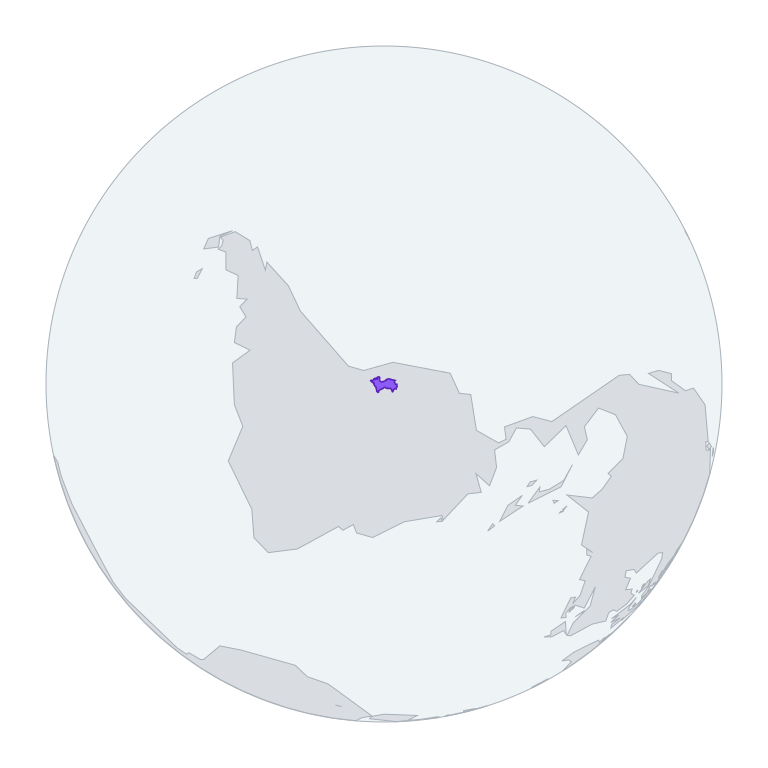 the Earth from above Cusco, rotated 133°
{"feature_id": "PER-571", "entity_name": "Cusco", "entity_type": "Department", "adm_level": 1, "iso_a3": "PER", "parent_name": "Peru", "parent_adm1": "", "projection": "orthographic", "projection_center": [-72.174, -13.267], "detail": "fine", "context": "on_globe", "style": "filled", "palette": "violet", "viewbox_px": 768, "rotation_deg": 133, "n_neighbors": 0, "source": "natural_earth", "source_scale": "10m", "svg_char_len": 9163}
<svg xmlns="http://www.w3.org/2000/svg" viewBox="0 0 768 768"><g transform="rotate(133 384 384)"><circle cx="384" cy="384" r="338" fill="#eef3f6" stroke="#a8b0b8"/><path d="M294.7,58.1L306.3,56.5L311.7,54.8L321.1,54.1L330.9,52.3L331.0,53.2L338.7,51.1L336.6,50.7L339.3,49.9L344.9,49.1L346.1,49.8L343.5,50.3L346.7,50.2L344.9,51.0L348.9,50.2L349.7,51.8L357.2,49.2L364.7,49.8L363.0,51.2L352.4,52.3L322.3,61.7L317.3,65.3L320.8,68.3L350.1,70.5L349.1,74.7L355.5,79.5L361.0,76.0L358.0,71.2L369.8,67.0L364.7,62.7L368.7,60.8L367.8,56.9L379.5,56.5L391.4,58.7L392.8,62.3L398.0,63.7L406.1,60.2L417.7,68.0L441.1,75.9L442.9,78.7L429.5,82.7L405.8,81.8L388.3,91.1L411.3,84.7L415.3,93.3L420.9,95.0L427.5,94.8L430.6,91.6L434.4,95.0L413.0,101.6L409.3,98.6L416.0,96.2L404.9,96.4L390.6,102.7L393.7,107.6L368.7,115.1L370.7,119.0L366.3,123.4L364.9,116.4L367.0,129.8L338.1,147.1L340.4,174.5L325.4,154.0L312.4,152.7L296.5,154.8L296.6,159.1L275.6,158.4L256.3,170.4L248.6,193.8L255.3,210.7L278.7,208.3L286.0,197.3L303.3,193.5L290.3,222.5L320.5,224.0L317.1,246.1L325.8,257.2L341.1,253.3L356.8,258.2L368.2,244.8L386.4,237.4L386.8,255.6L396.9,239.0L407.1,247.7L443.3,247.9L440.6,251.9L471.1,275.3L504.0,287.6L511.6,302.3L507.7,310.6L519.0,314.3L519.2,320.1L563.8,334.9L586.2,353.6L585.1,374.3L565.7,395.3L546.5,445.4L511.2,458.4L501.2,479.3L471.9,509.1L450.6,505.0L455.7,521.7L443.0,530.8L429.0,530.7L425.8,542.2L415.3,542.0L421.7,550.0L404.1,564.7L408.3,577.5L395.3,589.6L398.5,597.2L393.8,596.8L388.7,599.6L388.1,603.8L374.0,596.7L370.6,579.9L376.1,571.4L370.0,570.0L381.6,548.4L374.7,552.8L377.4,520.9L387.7,494.9L395.2,422.2L388.0,408.1L362.1,392.3L331.0,343.0L339.4,322.5L332.5,313.4L354.9,284.8L349.0,260.1L341.1,257.0L333.2,266.6L306.4,253.0L297.1,235.6L217.2,217.9L209.5,210.9L210.4,197.3L189.6,162.2L195.9,197.8L186.7,192.4L180.4,180.7L185.5,176.1L183.3,158.8L175.9,154.9L180.3,135.0L205.2,107.4L206.7,109.4L212.5,103.5L211.0,101.1L208.6,101.1L226.6,85.4L225.8,85.4L248.1,74.6L271.1,65.5L294.7,58.1ZM66.4,269.1L68.9,262.1L68.1,264.8L66.4,269.1ZM70.0,259.1L69.2,261.1L69.8,259.6L70.0,259.1ZM70.1,258.9L70.1,259.0L70.1,258.9ZM338.4,184.4L372.9,197.3L353.1,199.7L356.9,196.9L348.2,191.3L331.9,186.8L314.5,191.2L338.4,184.4ZM354.3,167.8L348.3,167.0L354.2,166.6L354.3,167.8ZM206.4,101.9L210.3,101.6L209.2,105.5L205.2,106.1L206.4,101.9ZM209.5,96.3L213.2,94.5L206.4,99.7L206.4,99.1L209.5,96.3ZM361.4,57.5L364.5,57.2L363.1,58.1L361.4,57.5ZM358.1,56.4L354.2,57.6L352.0,57.3L354.4,56.5L358.1,56.4ZM363.4,55.1L348.6,56.6L344.9,56.2L351.1,53.2L363.4,55.1ZM333.6,51.0L336.0,51.4L328.9,52.0L333.6,51.0ZM321.8,51.9L323.4,51.6L321.4,52.1L327.6,50.8L328.4,51.7L302.6,56.5L301.9,56.3L310.6,54.3L306.6,55.1L321.8,51.9ZM339.8,49.6L334.7,50.3L333.7,50.0L343.8,48.6L340.9,49.1L339.8,49.6ZM343.9,48.8L348.9,48.0L354.4,47.6L344.8,49.0L343.9,48.8ZM329.2,50.6L332.4,50.1L329.2,50.6ZM376.9,46.9L370.8,47.1L369.7,46.8L376.9,46.9ZM350.4,47.8L348.5,48.0L347.4,48.1L351.7,47.6L350.4,47.8ZM357.8,47.1L359.4,47.0L371.0,46.4L372.3,46.4L353.4,47.5L353.2,47.5L357.8,47.1ZM344.8,48.4L343.2,48.6L344.8,48.4ZM397.4,611.7L375.1,599.3L387.7,604.8L396.7,598.4L408.2,608.0L397.4,611.7ZM423.7,595.6L434.0,592.6L436.3,594.9L429.8,597.5L423.7,595.6ZM622.9,145.0L622.7,145.0L638.7,166.3L635.4,166.2L625.5,158.8L603.7,133.6L613.5,137.1L605.9,129.8L590.2,117.4L594.5,120.1L589.4,115.9L591.7,117.5L591.5,117.3L622.9,145.0ZM662.9,574.8L661.6,576.6L663.7,569.2L671.6,557.1L684.5,530.6L705.8,470.4L713.6,447.1L717.1,426.8L717.7,378.2L718.1,355.5L716.3,344.1L713.7,343.6L710.6,330.1L708.3,328.0L687.4,325.4L675.9,306.8L650.2,256.9L650.4,240.6L641.5,220.3L635.0,166.4L643.6,172.9L649.3,174.7L663.4,193.9L676.1,214.0L687.3,235.0L697.0,256.7L705.2,279.1L711.8,301.9L716.8,325.2L720.1,348.8L721.7,372.5L721.7,396.3L720.0,420.1L716.6,443.6L711.6,466.9L705.0,489.7L696.7,512.1L686.9,533.8L675.6,554.7L662.9,574.8ZM648.9,195.0L651.9,200.6L648.9,195.0ZM444.5,247.7L448.8,251.4L443.0,251.2L444.5,247.7ZM350.2,206.7L357.6,206.8L361.4,209.4L355.8,210.4L350.2,206.7ZM412.3,206.3L420.8,207.9L412.0,209.2L412.3,206.3ZM378.4,199.1L405.5,205.7L388.3,210.6L371.2,206.9L383.1,205.3L378.4,199.1ZM350.6,177.1L355.2,178.1L353.8,181.1L350.6,177.1ZM358.6,167.7L356.8,168.0L354.5,165.7L358.6,167.7ZM416.6,92.9L418.4,92.5L425.1,93.0L422.0,94.3L416.6,92.9ZM454.6,88.9L459.9,94.5L454.0,90.9L450.6,93.2L434.0,89.3L442.9,79.9L441.8,84.5L454.6,88.9ZM414.3,82.8L423.8,85.4L413.0,83.0L414.3,82.8ZM558.5,95.1L563.7,98.1L569.3,102.0L568.8,103.1L560.7,97.2L558.5,95.1ZM552.0,90.8L552.3,91.0L559.3,95.1L560.6,95.9L564.5,98.3L586.4,113.4L582.4,111.6L580.4,109.3L575.4,106.1L569.8,101.8L548.9,89.1L548.7,88.9L552.0,90.8ZM500.3,66.7L505.3,68.6L505.2,69.1L496.7,66.3L496.5,66.0L487.4,63.0L497.7,65.8L500.3,66.7ZM377.1,50.6L373.0,51.0L372.6,50.5L375.9,49.8L377.1,50.6ZM374.1,47.0L394.9,49.1L391.2,49.4L407.8,51.6L404.5,53.5L393.9,51.8L403.8,55.5L392.8,54.8L400.6,57.5L377.3,53.6L367.9,53.9L379.6,52.6L382.9,50.7L381.5,49.9L370.5,48.5L351.8,49.2L352.1,48.3L357.2,47.5L361.8,47.1L360.1,47.6L367.4,46.9L368.5,47.5L374.1,47.0ZM463.2,55.5L466.0,56.2L470.9,57.4L471.6,57.6L459.1,57.6L460.0,60.8L465.1,65.0L450.7,62.2L436.7,57.1L424.9,52.3L426.1,50.3L419.4,49.9L418.0,49.1L423.9,49.7L413.9,48.4L414.3,48.0L403.9,46.7L389.2,46.1L386.3,46.1L412.1,47.3L437.8,50.4L463.2,55.5ZM373.7,46.2L372.2,46.3L365.7,46.6L373.7,46.2Z" fill="#d9dde1" stroke="#a8b0b8" stroke-width="1"/><path d="M374.9,380.3L374.5,379.8L374.5,379.7L374.4,379.6L374.3,379.3L374.3,379.2L374.2,379.0L374.1,378.8L374.1,378.7L373.9,378.5L373.7,378.2L374.3,378.2L374.5,378.2L375.2,378.0L375.4,377.9L375.6,377.7L375.7,377.4L375.7,377.2L375.7,376.8L375.7,376.7L375.8,376.6L376.3,375.8L376.3,375.7L376.4,375.2L376.3,374.9L376.2,374.8L376.1,374.7L375.9,374.7L375.6,374.6L375.4,374.6L375.3,374.4L375.5,374.2L376.1,373.8L376.4,373.3L376.7,372.7L376.9,372.6L377.1,372.5L377.3,372.5L377.7,372.5L378.4,372.4L378.7,372.3L378.9,372.3L378.9,372.2L379.0,372.2L379.2,371.9L379.3,371.8L379.4,372.1L379.5,372.2L379.6,372.3L379.6,372.5L380.0,372.6L380.2,372.8L380.4,372.8L380.5,372.8L380.7,372.7L380.8,372.7L380.9,372.8L381.0,372.9L381.1,373.0L381.3,373.1L381.7,373.2L381.9,373.1L382.0,373.1L382.3,372.9L382.5,372.7L382.8,372.5L383.2,372.4L383.3,372.4L383.5,372.5L383.7,372.4L383.9,372.4L384.0,372.5L383.9,372.8L383.8,373.1L383.1,374.6L383.0,374.9L383.0,375.1L382.9,375.5L382.8,375.9L382.8,376.0L382.9,376.4L382.9,376.5L383.0,376.7L383.5,377.0L383.9,377.2L384.0,377.2L384.1,377.3L384.3,378.1L384.5,378.3L384.9,378.4L385.0,378.4L385.1,378.5L385.3,378.9L385.5,379.4L385.6,379.6L385.6,379.8L385.6,380.0L385.5,380.3L385.5,380.5L385.7,381.0L385.8,381.1L386.0,381.2L386.2,381.3L387.2,381.7L387.4,381.7L387.5,381.7L387.8,381.6L388.0,381.7L388.2,381.8L388.3,381.9L388.9,382.1L389.7,382.3L389.8,382.4L390.5,382.9L390.8,382.9L391.0,382.9L392.6,383.2L393.3,383.2L393.5,383.0L393.4,382.9L393.2,382.8L393.2,382.7L393.3,382.5L393.5,382.5L393.8,382.6L394.1,382.5L394.3,382.6L394.3,383.3L394.3,383.5L394.4,383.8L394.4,384.0L394.2,384.5L393.7,384.9L393.6,385.1L393.4,385.2L393.4,385.3L393.2,385.6L392.6,386.9L392.5,387.1L392.3,387.2L391.9,387.3L391.7,387.6L391.7,387.9L391.6,388.4L391.6,388.5L391.8,388.8L391.7,389.7L391.6,389.8L391.5,390.0L391.3,390.8L391.2,390.9L390.9,390.9L390.8,391.0L390.7,391.2L390.7,391.4L390.7,391.5L390.8,391.6L390.7,391.8L390.4,392.1L390.1,392.1L390.0,392.4L390.2,392.6L390.3,392.7L390.3,392.8L390.6,392.8L390.7,393.0L390.7,393.3L390.7,393.5L390.8,393.7L390.8,393.8L390.6,394.1L390.6,394.3L390.7,394.5L390.6,394.8L390.6,395.0L390.8,395.3L390.8,395.5L390.8,395.9L390.8,396.0L390.7,396.1L390.4,396.1L390.3,395.9L390.2,395.8L390.0,395.7L389.9,395.7L389.7,395.6L389.7,395.2L389.7,394.9L389.6,394.7L389.3,394.7L389.2,394.7L389.0,394.9L388.9,394.9L388.4,394.6L388.2,394.5L387.9,394.3L387.8,394.6L387.7,394.7L387.4,394.7L387.2,394.7L387.1,394.8L386.9,394.9L386.7,394.8L386.0,394.6L385.8,394.5L385.8,394.4L385.9,394.2L385.8,393.9L385.9,393.7L386.0,393.7L386.1,393.4L385.8,393.4L385.7,393.3L385.6,393.2L385.2,392.5L385.0,392.3L384.9,392.3L384.7,392.4L384.7,392.5L384.8,392.7L384.9,392.8L384.8,393.0L384.7,393.3L384.6,393.5L384.4,393.5L384.4,393.4L384.3,393.2L384.2,393.1L383.9,393.1L383.6,393.2L383.1,393.3L382.7,393.2L382.2,392.7L382.2,392.4L382.2,392.2L382.3,392.0L382.2,391.9L382.1,391.7L382.2,391.4L382.3,391.4L382.5,391.3L382.6,391.2L382.8,391.1L382.9,390.9L383.1,390.9L383.4,390.8L383.5,390.7L383.6,390.4L383.8,390.2L384.0,390.0L384.2,389.8L384.3,389.7L384.5,389.0L384.5,388.0L384.4,387.8L384.3,387.6L384.2,387.3L384.1,387.2L383.7,386.8L383.7,386.7L383.4,386.5L383.1,386.6L382.8,386.4L382.7,386.3L382.7,386.2L382.5,385.9L382.2,385.9L381.8,385.8L381.6,385.8L381.5,385.7L381.4,385.6L381.0,385.4L380.6,385.1L380.4,385.0L380.2,385.0L379.9,385.0L379.9,384.9L379.7,384.8L379.4,384.8L379.2,384.9L379.2,385.0L379.1,384.9L378.9,385.0L378.7,385.1L378.4,385.0L378.2,385.0L378.0,384.9L377.8,384.7L377.5,384.6L377.5,384.4L377.3,384.3L377.2,384.1L376.9,383.7L376.7,383.5L376.5,383.4L376.4,383.2L376.1,383.0L376.1,382.8L376.0,382.4L376.1,382.2L375.9,382.1L375.8,381.8L375.8,381.7L375.7,381.6L375.6,381.4L375.6,381.1L375.5,380.9L375.4,380.8L375.4,380.6L375.1,380.3L375.0,380.2L374.9,380.3Z" fill="#8b5cf6" stroke="#5b21b6" stroke-width="1.5"/></g></svg>